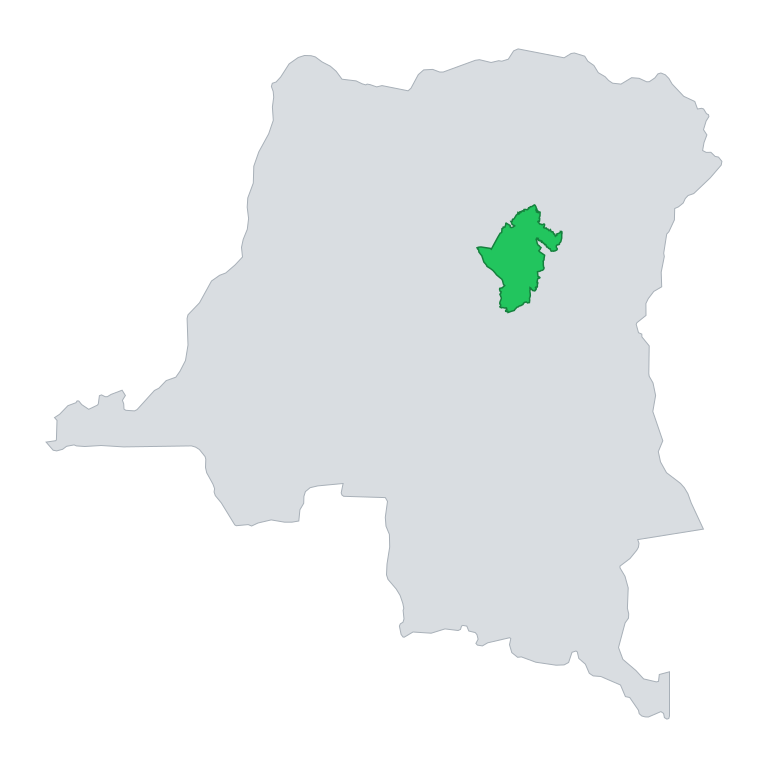 location of Ubundu, Orientale, Democratic Republic of the Congo
{"feature_id": "63176286B77989779607321", "entity_name": "Ubundu", "entity_type": "district", "adm_level": 2, "iso_a3": "COD", "parent_name": "Democratic Republic of the Congo", "parent_adm1": "Orientale", "projection": "mercator", "projection_center": [25.863, -0.595], "detail": "fine", "context": "in_parent", "style": "filled", "palette": "green", "viewbox_px": 768, "rotation_deg": 0, "n_neighbors": 0, "source": "geoboundaries", "source_scale": "gbopen_adm2", "svg_char_len": 9593}
<svg xmlns="http://www.w3.org/2000/svg" viewBox="0 0 768 768"><path d="M703.4,529.1L637.7,539.6L639.0,543.3L638.4,547.3L636.7,550.3L630.0,558.5L620.0,566.1L620.0,567.9L625.0,576.3L628.2,587.9L627.4,608.3L628.7,613.8L628.5,618.1L625.1,622.9L618.5,647.5L622.9,659.4L636.0,670.6L643.6,678.9L656.4,681.9L658.5,681.4L659.3,674.5L669.5,671.8L669.5,716.0L668.8,718.5L666.9,719.1L664.4,717.6L663.6,713.4L660.9,711.6L648.4,717.0L645.2,716.9L641.8,716.0L639.2,713.7L638.5,710.3L629.7,697.5L625.4,696.6L620.5,685.0L600.8,676.5L593.2,675.9L589.3,673.3L585.4,664.2L578.8,658.4L577.3,651.9L576.0,651.0L572.0,652.3L568.6,662.5L564.1,664.9L556.1,665.2L535.8,662.2L521.4,656.9L517.6,657.3L511.8,652.6L509.5,644.7L510.8,638.6L509.7,637.7L487.7,642.8L482.4,645.9L477.4,645.1L475.9,643.4L478.1,639.2L477.0,634.7L475.3,632.6L468.8,631.0L466.8,626.1L462.8,625.4L461.5,626.1L460.5,629.4L458.1,630.5L445.0,628.9L431.2,633.2L413.0,632.0L404.2,637.2L403.0,637.0L401.1,634.4L399.4,626.1L400.3,623.9L403.0,622.2L404.0,618.9L403.1,610.3L403.8,608.3L402.8,603.3L400.1,595.4L396.2,589.0L388.0,579.4L386.5,574.8L387.0,564.1L389.7,547.0L389.4,534.4L386.0,526.2L385.3,517.3L387.5,501.4L385.3,497.6L343.7,496.3L342.0,495.1L341.2,492.9L343.1,483.5L317.7,485.9L310.1,487.7L305.4,491.6L303.9,496.4L303.7,503.3L299.9,509.8L298.8,521.0L291.8,522.2L284.7,522.2L271.2,519.9L258.0,523.0L251.6,526.0L248.2,524.6L236.3,525.7L234.8,524.9L221.3,502.9L215.3,495.6L214.1,492.0L214.6,488.6L212.9,484.0L206.7,472.8L205.5,467.5L205.8,459.3L205.1,456.6L199.4,449.5L195.6,447.1L191.5,445.9L123.6,446.9L101.1,445.5L84.7,446.5L76.4,445.9L74.1,444.9L66.6,446.3L62.6,449.3L56.7,450.9L53.1,450.2L46.1,442.1L55.7,440.7L56.4,439.9L57.0,420.4L54.5,417.6L59.6,414.3L67.9,405.7L76.0,402.7L77.1,400.9L78.8,401.0L81.7,404.6L88.7,409.3L97.3,405.2L98.3,404.0L99.4,395.7L101.5,394.9L105.2,396.7L107.3,396.7L111.1,394.4L122.1,390.2L125.4,395.5L122.4,400.3L123.7,403.8L124.0,409.1L125.8,410.3L134.5,410.9L137.1,409.6L154.4,390.5L158.9,388.2L166.2,380.6L175.8,377.2L180.0,371.2L185.5,360.5L188.0,345.1L187.1,318.4L188.0,314.8L199.5,302.8L211.5,281.0L219.6,275.3L225.7,273.0L235.0,265.0L242.5,257.0L241.5,247.4L243.2,239.4L247.3,229.3L248.6,218.5L247.2,207.2L247.8,197.9L253.3,183.1L253.8,166.2L258.8,151.9L268.7,133.8L273.3,120.3L272.4,107.0L273.7,97.2L273.2,91.5L271.4,86.5L272.3,83.3L276.1,82.0L280.7,77.0L289.1,63.9L298.2,57.5L304.5,55.5L311.0,55.7L315.3,56.9L322.2,62.0L330.2,66.1L336.1,71.2L342.0,79.2L356.1,80.9L362.1,83.8L365.8,84.9L367.1,84.1L370.0,84.6L376.7,86.9L382.0,85.6L408.1,90.8L411.0,88.2L418.3,74.6L423.7,69.9L432.7,69.4L439.6,72.0L443.3,72.0L475.3,60.3L479.5,59.7L491.1,62.5L498.7,60.7L501.8,61.2L508.3,59.2L513.6,50.9L518.1,48.9L564.1,57.8L571.1,53.5L574.4,53.0L584.7,56.2L587.8,61.2L593.9,65.5L598.3,72.7L605.1,76.7L608.6,80.5L612.6,83.2L621.0,84.1L631.6,77.7L639.1,78.3L646.7,81.8L649.3,81.7L654.9,77.9L657.9,73.9L660.9,73.0L665.3,74.8L668.9,78.5L672.1,84.0L683.7,96.3L694.8,101.5L697.5,109.0L701.6,108.3L703.6,109.0L706.5,113.7L708.5,114.7L708.9,116.6L706.1,121.1L703.5,129.7L706.9,134.9L704.0,142.6L702.6,150.5L706.2,152.4L710.9,152.3L715.1,156.4L718.5,157.1L721.9,161.4L721.2,165.1L710.2,177.9L693.7,193.6L688.1,195.5L685.3,198.5L683.2,203.0L678.4,206.9L674.7,208.5L674.4,219.9L668.9,231.7L666.7,234.1L663.7,253.2L664.3,256.5L661.2,272.2L661.7,286.8L653.8,291.4L648.3,298.6L645.9,303.5L646.0,315.4L636.9,322.7L636.2,324.3L638.5,332.7L641.8,334.1L641.9,336.9L649.2,345.9L648.8,373.6L649.2,376.3L653.0,382.9L655.6,395.5L652.8,411.5L662.8,440.8L658.3,451.6L660.5,461.9L666.5,472.7L680.5,483.4L684.3,487.7L687.9,493.7L691.2,502.9L703.4,529.1Z" fill="#d9dde1" stroke="#a8b0b8" stroke-width="1"/><path d="M517.9,212.4L517.9,213.5L517.6,213.8L516.9,214.7L516.4,215.0L516.1,215.3L515.8,216.0L515.2,216.9L514.2,218.6L513.7,219.0L513.5,219.3L513.2,219.2L512.6,219.2L512.4,219.7L512.3,221.1L511.9,221.3L510.9,221.4L511.4,222.2L511.9,223.5L512.1,224.4L513.5,225.2L514.1,225.4L514.7,225.9L512.9,227.2L511.4,227.6L510.5,227.4L510.4,226.9L510.1,226.6L510.1,225.5L506.1,223.1L505.8,223.4L505.8,224.3L505.1,226.6L504.8,227.2L503.9,227.0L503.2,227.1L503.0,228.2L502.0,228.6L501.7,232.3L501.0,232.9L500.2,233.2L497.9,237.1L491.3,249.2L490.4,248.4L481.2,247.0L480.2,247.0L478.2,247.3L478.2,247.8L477.1,247.8L477.5,248.8L478.5,249.8L478.6,250.1L479.0,252.2L480.1,253.5L480.5,254.2L481.8,255.7L482.6,258.2L483.9,262.1L485.6,264.0L486.6,265.4L487.0,266.4L490.5,268.6L492.9,270.4L495.0,272.8L496.6,274.9L501.8,279.2L502.5,280.5L503.5,284.4L504.7,285.6L504.3,286.0L504.0,286.1L502.6,287.5L502.1,287.9L501.0,288.0L500.6,288.3L499.7,288.4L499.6,289.5L499.7,290.0L499.9,290.4L500.0,291.0L500.3,291.4L500.9,291.5L501.2,291.9L500.9,292.3L500.8,293.3L500.2,293.8L499.9,294.4L500.0,294.6L500.4,295.0L500.3,295.3L500.6,295.8L500.7,296.4L501.1,297.1L501.3,297.9L501.3,298.6L500.9,299.8L500.5,300.6L500.2,301.6L499.9,302.1L499.8,303.6L500.1,304.3L500.5,304.3L500.6,304.5L500.6,304.8L500.7,305.2L500.6,305.7L500.4,306.2L499.9,306.7L500.3,307.4L501.2,307.4L501.4,307.8L501.9,307.6L502.5,307.6L503.7,307.7L504.2,308.0L505.1,308.0L506.1,307.8L506.4,307.9L506.6,308.2L506.4,308.8L506.5,309.0L506.8,309.2L506.9,309.5L505.8,310.3L505.6,310.7L505.7,311.3L506.6,311.6L507.0,311.6L507.7,311.2L508.0,312.5L511.1,311.4L514.4,310.4L514.7,309.7L515.1,309.2L515.7,308.7L516.4,307.8L517.0,307.2L518.4,306.8L519.2,306.0L519.7,305.8L520.8,305.7L521.6,305.1L522.7,304.7L523.2,304.1L523.4,303.3L523.5,303.2L524.2,302.8L524.7,302.3L525.8,302.1L526.4,302.0L526.8,302.3L527.5,302.9L527.9,302.9L528.6,302.6L529.4,302.6L529.7,300.2L529.5,298.2L530.1,296.7L530.1,296.3L530.3,295.7L530.2,293.6L529.8,291.0L530.2,289.5L529.9,288.6L530.0,287.6L531.0,288.3L531.1,289.1L532.4,290.0L532.5,290.5L533.4,290.6L534.3,290.9L534.9,290.8L535.5,290.3L535.4,289.6L536.1,289.3L536.3,288.8L536.1,288.3L535.9,288.1L535.5,287.5L536.0,287.0L537.1,287.1L537.3,287.0L537.4,286.7L537.3,285.3L537.5,284.6L537.3,284.0L537.4,283.2L537.6,283.0L537.8,283.0L537.7,282.4L537.0,282.2L537.1,281.5L537.5,279.8L537.8,278.5L538.0,278.3L538.9,278.3L539.6,278.0L539.9,277.7L539.6,277.2L537.9,276.2L537.5,271.7L538.9,271.4L539.4,271.4L540.1,271.2L540.7,270.6L540.9,270.5L541.5,270.5L542.3,270.3L543.0,269.9L543.6,269.3L544.1,267.9L543.7,267.4L543.6,266.9L543.3,265.0L543.3,262.0L543.1,261.3L543.3,261.1L543.4,260.6L543.9,260.1L544.0,259.7L544.1,258.0L544.6,255.4L544.6,255.2L541.6,253.1L540.3,252.3L539.3,251.4L538.8,250.8L539.0,250.5L539.6,250.0L540.3,249.0L540.4,248.6L541.0,247.6L540.5,247.2L540.0,246.9L539.0,245.6L538.6,245.5L538.4,245.4L537.8,244.6L537.2,243.3L536.6,240.6L536.2,239.7L536.1,239.3L536.3,239.0L536.7,238.9L536.9,238.6L536.9,238.1L537.2,238.1L537.5,238.4L537.5,238.5L537.4,238.7L537.2,238.7L537.2,238.8L537.7,238.9L538.1,238.7L538.0,239.1L537.7,239.3L537.8,239.4L538.2,239.4L538.3,239.5L538.5,240.3L538.9,240.3L539.1,240.5L539.3,240.4L539.3,240.6L539.6,240.7L539.7,240.3L539.9,240.3L540.0,240.5L540.0,240.9L540.8,241.1L541.1,240.9L541.4,241.5L541.8,241.3L541.9,241.8L541.7,242.3L542.2,242.3L542.4,242.2L542.5,242.5L542.8,242.4L543.5,243.2L543.9,243.3L544.1,243.8L544.4,244.0L544.6,244.6L544.8,244.7L545.6,244.4L545.9,244.7L546.0,245.4L546.3,245.7L546.3,246.1L546.5,246.7L546.8,247.0L547.1,246.8L547.8,247.3L548.0,247.5L548.6,248.4L549.1,248.5L549.3,248.5L549.8,248.9L550.2,248.9L550.2,249.5L550.6,249.9L551.0,251.0L551.6,251.2L552.6,251.0L553.5,251.2L554.1,250.9L554.8,251.0L555.9,250.4L556.7,250.1L556.8,249.9L557.3,249.1L557.2,248.6L556.6,247.9L556.3,247.1L556.3,245.9L556.5,245.5L557.3,244.8L557.5,244.9L558.1,244.7L558.4,244.7L558.9,244.5L559.1,244.5L559.4,244.2L559.3,243.8L559.8,242.7L560.4,242.2L560.8,241.7L561.7,238.1L561.7,235.6L561.8,233.9L561.6,233.8L561.7,233.1L562.0,233.0L561.8,231.6L561.5,231.4L560.4,231.4L560.5,231.8L560.3,232.1L560.4,232.3L560.1,232.6L558.4,233.5L557.0,233.8L556.7,234.2L556.9,234.8L556.8,235.4L556.2,235.7L555.7,235.7L555.3,236.2L554.9,235.4L554.9,234.6L554.8,234.2L554.2,233.9L553.6,233.9L553.3,232.8L553.1,232.1L552.9,231.8L552.4,231.7L551.6,231.9L551.4,231.8L551.1,231.6L550.7,230.1L550.3,229.6L550.0,230.1L549.2,230.3L549.0,230.6L548.1,229.6L548.0,229.1L547.7,229.0L547.3,229.1L546.9,229.0L546.3,228.5L546.3,228.0L545.9,228.0L545.7,228.2L543.9,227.8L543.7,227.5L543.7,227.0L544.4,226.1L544.6,224.8L544.5,224.3L544.3,224.1L543.9,224.0L542.8,224.5L542.1,224.7L541.4,224.5L540.9,224.1L539.8,224.1L539.1,223.3L538.8,222.4L538.6,222.2L537.8,221.8L537.9,221.5L538.3,221.1L538.6,221.2L539.0,221.5L539.3,221.4L539.5,221.1L539.7,218.6L539.2,218.2L539.4,217.7L539.6,216.6L539.9,216.2L540.0,215.6L540.0,214.1L540.1,212.2L539.9,212.0L539.5,212.0L539.3,212.1L539.2,211.9L538.7,211.9L538.4,212.2L538.2,212.1L538.3,212.5L538.2,212.7L537.8,212.5L538.0,212.2L537.9,212.0L537.7,211.8L537.3,212.0L536.9,212.1L536.5,211.9L536.6,211.7L537.1,211.8L537.2,211.7L537.3,211.3L537.9,211.5L538.1,211.3L538.1,211.2L537.9,211.0L537.7,211.2L537.4,210.9L537.0,211.0L536.9,210.8L537.1,210.6L536.7,210.4L536.3,210.4L536.5,210.1L536.3,210.0L536.3,209.7L536.1,209.8L536.0,209.4L536.2,209.2L536.5,209.5L536.7,209.2L536.9,209.1L536.4,208.4L535.8,206.5L534.9,205.1L534.3,204.9L532.1,206.4L531.6,206.6L530.3,206.7L529.8,207.5L529.4,207.9L529.0,207.7L528.6,207.8L528.0,209.1L527.6,209.6L526.9,209.7L525.4,209.4L524.0,209.5L523.9,209.7L523.9,210.5L524.1,210.9L524.0,211.2L522.5,210.8L522.1,211.1L521.7,211.2L521.6,211.3L521.4,211.4L521.5,211.6L521.3,211.7L521.1,212.0L521.0,211.8L520.8,212.0L520.7,212.0L520.7,211.6L519.7,211.9L519.5,212.2L519.7,212.6L519.7,213.2L519.2,213.8L518.7,214.1L518.5,213.9L518.7,213.5L518.6,213.3L518.4,213.0L518.3,212.5L517.9,212.4Z" fill="#22c55e" stroke="#15803d" stroke-width="1.5"/></svg>